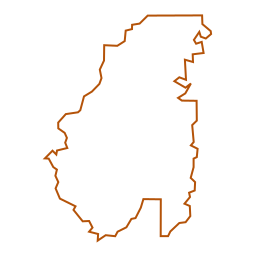 the district of Franklin, Louisiana, United States of America
{"feature_id": "52423323B94132750651187", "entity_name": "Franklin", "entity_type": "district", "adm_level": 2, "iso_a3": "USA", "parent_name": "United States of America", "parent_adm1": "Louisiana", "projection": "natural_earth1", "projection_center": [-91.666, 32.139], "detail": "fine", "context": "isolated", "style": "outline", "palette": "amber", "viewbox_px": 256, "rotation_deg": 0, "n_neighbors": 0, "source": "geoboundaries", "source_scale": "gbopen_adm2", "svg_char_len": 1211}
<svg xmlns="http://www.w3.org/2000/svg" viewBox="0 0 256 256"><path d="M59.9,198.6L75.5,206.3L73.5,209.9L82.7,221.3L89.1,221.0L92.5,227.6L89.1,231.7L98.1,234.0L97.7,240.6L105.7,235.2L115.2,236.2L117.6,231.7L126.4,227.3L131.4,218.9L135.5,218.1L140.8,207.7L143.4,199.1L160.8,199.3L160.7,236.1L168.1,236.1L170.3,231.5L179.3,223.0L185.6,222.2L190.3,216.1L189.8,206.0L184.5,203.7L190.0,197.0L189.1,192.7L194.7,190.5L195.1,182.1L190.7,177.9L193.6,167.2L193.6,158.6L196.8,157.1L197.6,148.8L190.9,145.4L193.7,142.0L192.2,125.1L196.8,120.6L196.6,100.8L181.9,100.6L178.1,97.9L185.3,93.4L190.9,83.5L185.5,87.7L174.4,81.2L179.3,77.3L186.0,79.8L184.9,59.7L193.0,62.0L192.7,54.3L203.6,53.0L201.7,41.9L196.1,43.7L193.9,39.9L199.3,31.9L200.8,36.7L205.8,38.5L211.1,34.0L210.7,31.1L202.4,24.1L202.1,15.4L147.7,15.6L139.6,23.6L132.1,24.8L132.0,29.1L125.7,30.6L124.7,41.1L117.3,45.8L104.2,45.2L104.0,60.6L99.8,69.6L101.5,78.1L99.4,83.9L91.9,91.6L84.0,96.4L80.3,110.2L78.0,112.3L65.8,114.1L58.2,122.6L58.3,128.4L64.7,132.9L66.9,137.9L65.2,142.7L67.3,148.0L57.0,150.5L56.3,154.5L52.5,150.7L44.9,158.4L48.7,158.6L53.3,167.1L56.9,169.6L55.4,175.8L58.3,182.1L55.6,188.4L59.9,198.6Z" fill="none" stroke="#b45309" stroke-width="2"/></svg>